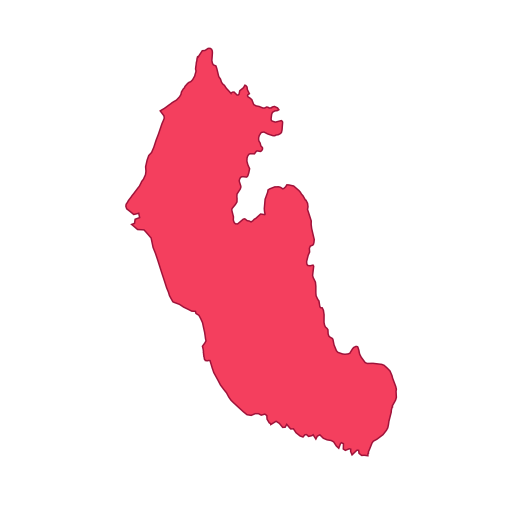 outline of Mandiana, Mandiana, Guinea, rotated 353°
{"feature_id": "49546643B67473886511689", "entity_name": "Mandiana", "entity_type": "district", "adm_level": 2, "iso_a3": "GIN", "parent_name": "Guinea", "parent_adm1": "Mandiana", "projection": "equal_earth", "projection_center": [-8.547, 10.818], "detail": "fine", "context": "isolated", "style": "filled", "palette": "rose", "viewbox_px": 512, "rotation_deg": 353, "n_neighbors": 0, "source": "geoboundaries", "source_scale": "gbopen_adm2", "svg_char_len": 5996}
<svg xmlns="http://www.w3.org/2000/svg" viewBox="0 0 512 512"><g transform="rotate(353 256 256)"><path d="M342.7,467.9L342.9,466.7L343.0,465.9L343.7,465.3L343.6,464.3L345.0,461.9L348.4,455.7L349.9,454.1L353.7,452.6L360.3,448.8L364.2,444.9L365.4,443.2L365.8,442.7L366.8,439.9L367.8,436.2L371.2,427.4L371.6,425.3L372.7,422.6L373.1,422.5L373.1,421.3L376.0,417.4L377.1,415.8L378.1,413.4L378.5,407.4L379.1,405.3L378.9,403.7L378.8,402.6L376.7,393.9L376.4,391.4L375.0,386.5L372.7,383.4L369.8,380.1L367.6,378.9L359.1,376.8L353.3,376.2L352.7,375.9L351.3,375.0L348.0,369.1L346.9,366.0L346.7,363.8L346.6,362.1L346.0,358.9L345.7,358.4L344.3,357.9L341.8,358.7L340.4,360.0L338.0,363.0L337.6,363.6L337.3,363.9L335.6,364.4L332.4,364.4L330.0,363.8L325.5,361.6L324.3,359.9L322.6,353.7L322.2,348.3L321.8,347.2L321.5,347.0L319.4,345.4L318.5,344.2L318.1,342.1L318.4,338.0L317.7,336.6L316.2,334.9L315.6,332.9L315.5,331.2L315.4,330.2L316.4,322.6L316.3,318.3L316.3,318.1L315.4,315.5L314.7,315.4L314.0,315.3L313.2,314.1L313.0,308.3L312.1,306.8L310.8,302.9L310.9,299.9L311.7,293.3L311.8,289.3L311.8,289.2L310.1,284.3L309.8,282.2L312.0,273.2L311.5,272.0L308.5,272.3L306.2,271.7L305.5,270.4L305.5,268.1L305.7,267.3L306.0,266.5L307.9,261.6L309.7,258.6L309.9,254.9L311.1,252.8L313.7,252.1L314.6,251.1L314.8,250.4L315.2,249.5L315.8,246.8L314.6,235.6L314.6,231.2L315.1,228.0L313.5,219.5L312.8,216.1L313.6,213.5L313.6,210.0L312.4,206.7L311.9,206.6L310.0,202.0L308.6,200.0L307.8,198.1L306.6,196.3L301.9,191.1L297.4,189.5L295.3,189.1L293.8,191.0L292.5,191.9L292.0,192.3L290.8,192.6L289.7,191.7L288.8,190.9L287.0,190.1L283.0,189.7L277.9,191.0L276.0,191.9L275.5,193.6L275.3,194.2L272.3,200.1L272.0,200.6L270.0,210.0L269.9,212.4L269.9,213.4L270.1,215.5L269.7,216.0L265.7,214.9L260.3,218.7L258.9,219.2L258.5,219.5L257.1,220.7L255.2,221.6L253.7,220.5L252.0,220.0L251.2,219.6L249.9,218.1L249.2,217.8L249.1,217.7L247.8,217.9L241.7,221.9L239.6,221.6L238.5,220.3L238.0,218.5L237.9,217.3L238.4,214.4L237.6,208.0L237.7,206.7L237.8,206.5L238.2,205.8L241.8,202.4L243.7,200.0L244.2,196.6L244.2,195.2L244.2,194.9L244.7,192.2L248.6,187.5L249.4,185.7L249.4,184.6L248.6,180.5L248.5,179.2L248.7,178.8L249.1,177.7L250.0,176.4L251.2,175.6L252.9,175.7L256.2,176.5L257.0,176.1L257.7,175.3L257.8,175.1L259.0,172.5L260.3,168.6L259.6,166.4L259.0,164.3L258.5,160.6L258.9,158.7L259.0,157.8L259.9,155.8L261.3,154.2L262.5,153.8L266.9,154.4L269.2,152.0L270.3,151.9L273.1,152.8L274.1,152.4L275.2,151.3L275.4,150.9L275.6,150.2L275.6,149.2L274.2,147.2L273.9,144.5L272.9,142.2L272.9,141.7L272.8,140.7L273.0,139.4L273.1,138.8L273.9,136.9L275.6,134.7L276.6,134.0L279.0,133.9L282.2,136.1L282.9,136.5L287.6,138.7L289.4,138.9L290.6,138.4L293.0,138.3L295.2,137.4L296.3,136.5L296.9,134.9L297.2,134.1L298.2,129.1L298.7,126.7L298.6,125.7L297.7,124.7L296.9,124.8L291.5,125.5L288.4,124.0L287.9,123.3L287.7,123.1L287.7,121.9L287.8,121.2L288.8,117.3L289.8,115.5L292.3,114.3L294.9,114.3L296.5,113.6L295.4,111.6L292.5,109.8L290.1,110.1L289.6,110.8L287.3,110.8L286.0,109.8L284.7,109.4L282.6,110.2L281.0,110.0L277.2,107.9L276.8,107.8L274.3,107.0L272.2,105.4L270.9,100.3L269.3,98.5L267.9,97.4L267.5,97.1L267.1,96.0L267.5,95.0L269.2,94.1L268.6,92.4L267.7,89.8L267.7,87.2L266.7,85.6L266.0,85.2L265.8,85.1L264.1,87.4L260.0,90.0L259.2,92.4L258.8,93.4L258.0,94.0L256.9,94.0L254.2,90.6L252.9,90.5L251.3,91.0L251.0,91.6L249.5,89.4L247.2,86.2L246.9,85.7L246.6,85.2L245.4,82.7L244.2,81.6L243.0,79.5L242.3,76.1L240.9,73.4L239.9,64.9L239.7,64.1L239.4,62.5L237.0,61.1L236.3,59.6L236.0,56.7L237.5,49.1L237.6,47.1L237.1,45.4L235.8,44.3L233.8,44.1L230.4,45.8L227.7,45.7L222.6,51.7L222.2,51.3L221.5,53.0L221.1,54.9L220.4,56.6L219.9,58.8L219.3,60.9L218.8,63.0L219.0,65.1L218.5,66.5L217.7,68.3L217.1,69.9L216.0,71.4L214.6,73.3L213.3,74.4L212.3,75.1L210.8,75.4L209.1,76.4L208.0,77.4L206.2,79.0L205.4,80.4L204.3,81.2L203.4,82.3L202.0,84.1L201.2,86.5L199.5,88.7L197.7,90.2L196.0,91.6L193.8,92.5L191.4,93.6L189.8,94.6L187.9,95.6L185.3,97.1L182.7,98.5L180.5,99.4L178.6,100.3L181.7,105.6L181.7,106.4L181.8,107.9L180.7,110.0L178.8,113.2L176.4,118.2L174.1,123.0L171.0,128.8L167.8,135.7L165.8,139.1L165.0,140.5L161.8,143.2L159.6,147.6L157.3,154.0L157.1,158.4L156.2,161.9L154.7,164.3L154.0,165.5L153.6,166.1L153.2,166.5L151.6,168.1L151.1,169.0L149.9,170.8L148.7,172.6L147.2,174.0L145.3,176.0L143.9,177.4L142.3,179.1L140.4,180.9L139.2,182.3L138.1,183.4L136.7,184.8L135.9,185.7L134.9,187.2L133.8,188.3L133.2,189.4L133.0,190.5L132.9,191.1L133.2,192.3L133.4,193.4L136.5,196.5L139.7,199.9L144.8,199.3L145.2,203.7L140.5,204.8L139.4,208.8L136.4,209.5L141.7,215.3L148.0,216.4L151.4,221.3L154.1,225.4L154.9,235.0L156.5,241.0L157.9,247.8L160.3,260.6L162.1,269.7L163.4,276.6L164.7,281.3L165.3,284.8L166.3,287.4L167.9,291.3L169.0,292.0L174.2,294.7L177.9,297.9L182.1,300.6L185.5,302.9L189.2,303.6L189.4,305.7L192.1,307.9L193.5,311.5L194.8,315.7L195.3,321.4L195.7,325.5L195.8,329.2L195.8,331.8L196.0,334.2L194.6,336.1L191.8,339.1L192.0,340.1L192.1,341.4L192.2,342.3L192.2,342.8L192.2,343.2L192.2,344.5L192.0,345.1L192.1,346.7L192.0,347.4L192.1,348.5L192.0,349.4L192.3,350.8L192.2,351.2L192.3,352.4L192.9,353.1L193.0,353.6L194.1,353.8L194.6,354.1L196.0,353.9L196.7,354.0L197.6,354.2L198.9,361.8L199.9,366.6L201.3,370.1L203.1,374.6L205.0,379.7L207.8,384.6L210.1,388.3L211.8,392.7L213.6,396.1L215.9,399.0L221.7,405.8L224.5,409.1L227.7,412.4L231.8,413.6L236.0,412.4L239.3,412.8L241.8,414.6L245.5,414.0L247.3,415.7L247.1,419.3L248.8,423.2L250.0,424.1L250.1,425.1L255.8,422.5L258.8,425.0L261.6,429.4L264.1,429.5L266.0,426.8L268.2,430.3L269.4,431.9L272.1,432.1L274.2,436.3L277.8,440.0L280.6,441.4L282.7,439.4L284.4,439.4L286.2,441.5L289.7,441.1L290.9,440.4L293.1,445.0L294.9,442.3L297.6,441.3L300.6,445.1L304.1,447.1L308.1,448.3L310.4,449.9L312.6,454.4L314.7,456.9L316.8,452.8L318.0,451.7L319.9,452.9L319.6,455.1L319.1,458.2L321.0,459.8L325.0,458.7L326.5,459.3L326.1,461.5L327.1,465.1L331.5,461.8L332.7,461.0L334.2,461.4L334.2,464.4L336.5,466.8L339.3,467.0L342.7,467.9Z" fill="#f43f5e" stroke="#9f1239" stroke-width="1.5"/></g></svg>